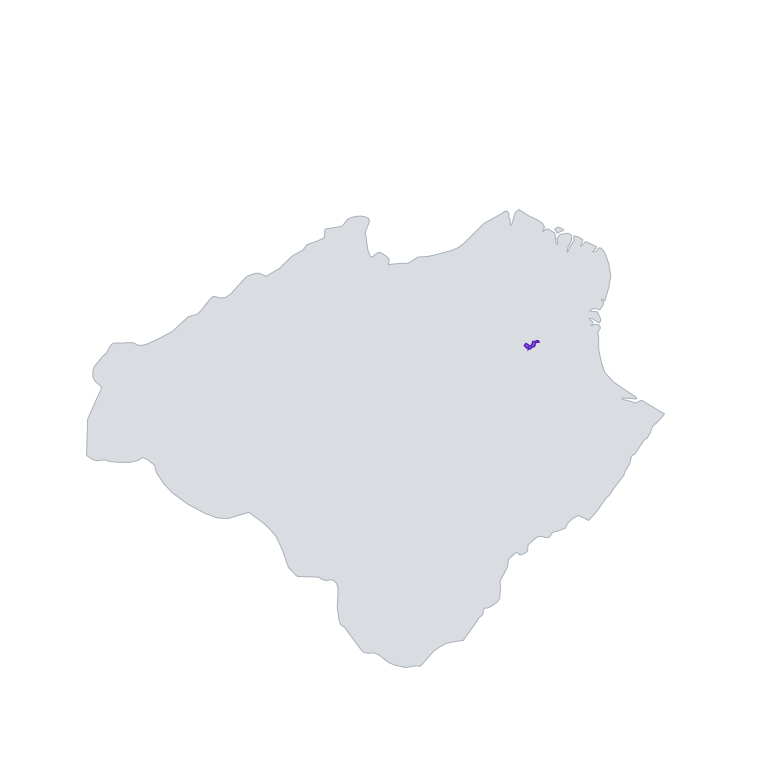 location of Esan Central, Edo, Nigeria, rotated 214°
{"feature_id": "59680162B14396821090751", "entity_name": "Esan Central", "entity_type": "district", "adm_level": 2, "iso_a3": "NGA", "parent_name": "Nigeria", "parent_adm1": "Edo", "projection": "natural_earth1", "projection_center": [6.254, 6.706], "detail": "fine", "context": "in_parent", "style": "filled", "palette": "violet", "viewbox_px": 768, "rotation_deg": 214, "n_neighbors": 0, "source": "geoboundaries", "source_scale": "gbopen_adm2", "svg_char_len": 5442}
<svg xmlns="http://www.w3.org/2000/svg" viewBox="0 0 768 768"><g transform="rotate(214 384 384)"><path d="M590.6,158.4L609.9,188.9L614.1,211.6L615.8,222.8L619.0,224.1L624.9,224.7L629.3,227.0L631.9,230.7L633.5,234.2L633.9,236.2L632.7,249.8L631.3,254.8L632.2,261.5L631.9,264.3L631.3,266.3L628.6,268.5L625.0,270.7L616.4,277.2L613.9,278.2L610.3,278.3L607.2,280.0L603.5,283.5L595.5,296.5L588.7,309.6L583.8,330.7L577.8,337.3L576.7,343.2L575.8,356.4L574.9,360.3L573.9,361.5L567.4,364.0L563.7,367.0L561.4,373.0L558.6,393.3L557.6,396.7L555.5,400.2L552.2,404.0L549.3,406.1L541.8,407.5L534.7,422.8L534.6,425.5L531.5,439.3L526.1,449.8L525.7,456.5L518.9,465.7L515.3,472.0L519.0,478.5L519.3,479.6L507.5,490.7L506.8,492.3L506.4,500.0L505.4,502.1L503.3,504.9L500.1,508.0L496.9,510.4L493.2,512.0L489.7,512.6L487.7,511.7L486.6,509.3L484.6,500.0L483.6,498.0L481.3,496.1L472.1,485.8L466.6,482.2L465.4,482.4L464.5,483.4L463.0,488.6L461.4,490.6L458.5,491.2L453.5,491.3L449.8,490.5L449.0,489.5L447.2,485.4L435.9,494.8L431.9,496.9L426.9,508.1L419.8,513.6L414.9,518.4L401.8,533.5L399.1,538.0L396.5,544.6L390.9,573.1L381.9,590.8L380.6,594.6L380.1,594.5L378.9,596.1L375.4,595.0L373.8,591.7L371.7,591.2L367.9,586.4L367.1,587.2L371.1,599.4L369.6,604.2L358.5,604.3L348.9,605.9L342.3,605.8L339.0,604.1L337.5,599.5L337.0,599.9L336.7,602.4L334.6,604.3L327.2,604.7L323.9,601.6L321.3,598.1L318.5,596.5L318.9,598.0L322.1,601.4L321.7,606.3L315.8,612.0L312.0,612.3L309.7,609.9L308.5,605.9L307.9,599.9L306.3,596.1L305.5,596.1L306.5,602.5L306.5,608.5L309.4,613.2L305.0,614.6L299.8,614.8L299.1,613.1L298.5,609.2L297.6,608.2L296.5,614.7L285.8,616.6L284.3,616.3L284.0,615.1L284.8,613.3L284.6,610.3L282.2,612.6L281.8,617.1L280.5,617.9L276.4,617.2L272.0,614.9L264.7,609.2L255.9,599.9L254.4,595.7L251.9,590.5L247.3,576.4L248.1,575.7L250.2,576.5L251.2,575.2L247.5,574.2L246.7,573.2L246.5,570.0L246.6,566.2L252.2,564.2L253.5,561.9L254.3,559.6L247.4,563.1L240.9,559.1L239.5,556.7L240.2,554.8L247.7,554.7L250.4,552.9L248.7,552.2L245.9,552.3L244.8,551.1L244.9,548.2L244.0,548.9L242.8,551.4L238.4,553.3L235.9,551.4L235.6,547.2L235.1,545.3L232.9,543.8L225.3,532.7L215.8,523.4L207.3,517.0L194.5,513.9L167.6,514.0L166.1,513.2L167.8,511.7L170.1,510.7L178.8,505.5L177.3,504.8L168.3,508.1L165.3,508.4L161.3,514.6L134.8,516.0L134.9,513.1L136.1,504.9L137.7,499.3L136.0,492.4L135.5,486.2L136.6,484.3L137.0,481.9L136.8,466.0L138.2,463.7L138.3,462.0L135.5,455.2L135.6,450.0L135.0,445.0L134.1,442.7L135.3,423.2L134.9,418.4L135.8,415.0L136.3,406.6L136.2,398.4L138.0,385.4L149.3,383.7L152.1,378.6L153.7,372.2L153.2,365.8L156.9,360.2L161.3,355.3L161.2,349.9L162.4,348.2L164.5,346.9L167.5,346.3L170.9,343.6L172.8,338.8L174.6,331.2L171.7,326.0L171.8,324.8L172.9,322.0L174.7,319.1L176.1,318.2L179.4,318.9L180.4,317.8L182.6,309.4L182.4,307.2L179.3,301.6L177.7,286.4L176.8,284.4L174.4,281.7L168.2,271.0L168.3,265.9L170.9,259.5L172.7,256.3L175.1,254.6L175.6,253.1L174.9,251.3L173.7,249.9L173.4,247.0L174.6,243.0L174.3,238.5L174.9,215.7L180.1,211.2L187.5,203.7L191.4,195.9L193.4,190.0L196.0,170.4L199.9,168.3L207.4,161.1L217.6,157.0L224.2,155.7L235.8,156.5L241.6,155.8L246.6,151.9L248.9,150.8L252.1,150.1L281.0,160.3L283.6,159.9L285.8,160.6L289.4,163.3L297.9,172.8L306.8,187.5L309.6,190.6L312.4,192.3L315.2,193.0L317.4,192.7L319.4,191.3L322.2,188.5L326.5,187.3L330.0,187.5L347.9,176.2L349.7,176.1L360.7,178.5L375.8,189.8L388.1,197.2L396.8,199.7L407.0,201.4L424.3,202.0L437.3,186.1L442.1,182.7L447.9,179.6L460.1,176.6L480.2,174.6L499.1,175.5L510.9,178.2L523.3,183.4L528.7,188.3L537.1,189.1L543.1,188.2L545.0,183.3L551.0,176.8L560.0,170.8L567.4,166.7L573.4,164.8L578.8,160.0L583.1,158.5L590.6,158.4ZM327.9,611.0L323.8,612.5L321.1,612.1L324.8,605.7L326.6,607.1L329.0,607.6L327.9,611.0Z" fill="#d9dde1" stroke="#a8b0b8" stroke-width="1"/><path d="M283.7,493.2L283.6,493.5L283.3,494.0L283.2,494.3L282.9,494.8L282.3,495.1L282.0,495.5L282.0,495.8L282.1,496.1L282.4,496.5L282.5,496.7L282.3,497.0L282.2,497.1L282.0,497.4L281.8,497.7L281.6,497.9L281.3,498.2L281.0,498.2L280.9,498.4L280.7,498.7L280.5,498.9L280.4,499.2L280.3,499.4L280.3,499.6L280.4,500.0L280.4,500.3L280.5,500.6L280.7,500.9L280.9,501.2L280.9,501.5L281.0,501.7L281.3,502.2L281.3,502.3L281.4,502.7L281.2,503.2L280.9,503.5L280.6,503.9L280.4,504.2L280.1,504.5L279.8,504.7L279.4,504.9L279.1,505.1L278.9,505.3L278.9,505.6L279.1,505.7L279.2,505.8L279.6,505.9L280.0,505.9L280.3,506.0L280.9,505.8L281.4,505.5L281.9,505.1L282.0,504.9L282.0,504.5L282.2,504.2L282.3,503.8L282.6,503.5L283.0,503.3L283.1,503.2L283.5,503.0L283.8,502.8L284.0,502.6L284.2,502.4L284.3,502.4L284.2,502.2L284.2,501.9L284.1,501.7L284.0,501.4L283.9,501.2L283.7,500.9L283.7,500.7L283.6,500.3L283.7,500.2L283.7,499.9L283.6,499.7L283.3,499.5L283.3,499.3L283.4,498.9L283.3,498.6L283.2,498.5L283.2,498.2L283.3,498.0L283.5,497.8L283.8,497.6L284.0,497.5L284.3,497.5L284.7,497.3L284.8,497.3L285.1,497.2L285.5,497.1L286.0,497.1L286.3,497.1L286.5,497.1L286.8,497.1L287.3,497.1L287.5,497.1L287.8,497.1L288.2,497.0L288.6,497.0L288.6,496.9L289.0,496.8L289.1,496.6L289.1,496.1L289.1,495.9L289.2,495.6L289.1,495.1L289.1,494.8L289.1,494.7L289.1,494.3L288.7,494.3L288.3,494.2L287.8,494.1L287.5,494.0L287.1,494.0L286.7,493.8L286.4,493.8L285.9,493.6L285.8,493.9L285.5,494.2L285.3,494.6L285.2,494.8L285.0,495.0L284.8,495.1L284.7,495.2L284.6,495.4L284.4,495.2L284.3,494.8L284.2,494.6L284.2,494.4L284.1,494.2L284.0,493.7L283.9,493.6L283.8,493.4L283.7,493.2Z" fill="#8b5cf6" stroke="#5b21b6" stroke-width="1.5"/></g></svg>